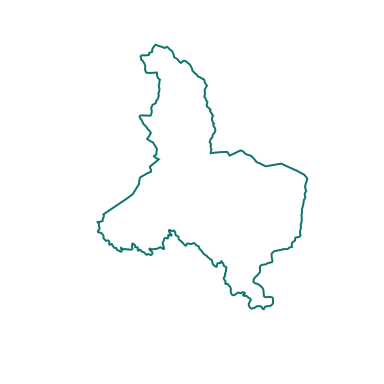 outline of Gia Nghia, Đắk Nông, Vietnam, rotated 321°
{"feature_id": "81297802B66925040014305", "entity_name": "Gia Nghia", "entity_type": "district", "adm_level": 2, "iso_a3": "VNM", "parent_name": "Vietnam", "parent_adm1": "Đắk Nông", "projection": "natural_earth1", "projection_center": [107.695, 12.013], "detail": "fine", "context": "isolated", "style": "outline", "palette": "teal", "viewbox_px": 384, "rotation_deg": 321, "n_neighbors": 0, "source": "geoboundaries", "source_scale": "gbopen_adm2", "svg_char_len": 6039}
<svg xmlns="http://www.w3.org/2000/svg" viewBox="0 0 384 384"><g transform="rotate(321 192 192)"><path d="M235.2,297.6L236.2,295.9L237.5,294.7L238.6,294.4L241.3,294.6L241.6,294.5L242.7,293.2L243.5,292.7L244.2,292.8L246.0,293.9L246.8,294.1L247.6,294.3L248.8,294.2L249.3,293.6L250.2,291.8L251.6,290.3L255.0,287.5L255.6,286.3L256.3,285.5L256.9,285.0L258.0,284.5L258.9,283.7L261.5,280.6L262.5,278.9L264.7,277.0L266.3,274.8L270.0,272.2L273.6,269.0L275.1,268.1L276.8,267.5L277.8,265.2L278.9,264.0L281.4,263.1L281.7,261.9L282.9,259.4L284.6,257.9L289.7,254.5L290.0,254.1L290.2,252.3L290.1,249.2L288.1,244.7L287.2,242.1L282.3,232.5L279.2,226.1L265.6,218.5L265.1,217.8L262.5,212.0L261.0,209.3L261.1,205.4L260.8,201.9L260.5,200.9L259.8,199.6L258.4,197.8L257.7,196.4L257.5,195.9L257.2,192.5L256.1,190.6L255.6,190.1L254.3,190.0L253.0,189.4L251.2,189.2L244.2,187.4L244.6,183.0L238.6,178.5L231.7,174.0L231.0,173.7L231.6,172.9L234.0,171.0L234.8,168.8L235.5,167.7L236.7,167.2L237.0,166.5L237.0,164.7L237.2,164.4L239.6,162.7L242.0,162.3L243.8,160.8L247.6,159.8L249.3,158.4L250.0,156.8L250.4,153.9L251.1,152.8L252.1,152.7L252.0,151.0L253.3,147.9L253.7,147.3L254.6,147.0L255.5,146.1L256.4,146.0L256.9,140.7L257.0,140.4L258.3,139.6L258.0,138.3L257.5,134.7L258.3,133.5L260.6,131.8L260.7,131.3L260.6,130.1L261.1,128.7L261.7,125.4L263.6,124.3L266.2,120.5L270.5,118.8L270.5,116.9L270.8,115.5L272.1,112.3L271.9,111.4L271.1,110.0L270.5,108.0L269.2,105.8L269.6,103.9L269.2,102.2L268.6,98.3L269.4,96.7L270.4,92.9L270.5,91.8L269.5,86.5L268.8,85.4L267.5,84.6L264.6,84.7L264.2,82.6L264.3,80.2L263.8,78.1L263.0,76.0L263.1,75.5L264.2,73.8L265.2,70.2L264.5,67.6L264.3,64.7L264.1,63.8L263.9,63.4L263.5,63.1L261.4,63.0L259.7,59.8L258.5,58.3L256.4,54.7L255.8,54.6L251.8,55.6L250.5,56.4L249.6,57.7L249.1,58.0L246.2,57.0L245.2,58.2L244.8,58.3L244.2,58.1L241.2,56.1L240.0,54.9L238.5,54.1L237.5,54.2L235.8,57.3L236.2,59.2L235.8,62.5L235.0,64.5L234.5,65.3L233.3,66.4L232.3,67.7L231.6,70.2L232.5,71.5L233.8,72.7L239.9,77.1L237.8,80.1L237.3,82.7L237.6,83.5L237.7,84.7L236.5,85.3L234.5,87.5L233.2,88.1L231.6,91.4L229.7,93.3L227.8,94.3L227.0,96.0L226.2,96.7L224.2,98.1L221.7,98.6L220.4,99.8L219.7,100.1L216.2,99.5L215.6,99.7L213.5,100.9L212.6,101.7L212.1,103.1L211.2,104.3L209.9,105.5L207.8,106.6L201.1,100.8L199.8,100.1L198.9,100.3L198.2,101.6L198.0,105.0L197.0,109.0L197.5,111.7L197.4,113.9L197.1,115.3L197.5,117.8L197.4,119.6L196.9,120.5L195.7,120.7L194.2,121.6L191.4,122.1L190.5,122.6L192.0,127.3L192.9,128.6L191.9,136.4L187.8,140.3L185.0,140.2L185.1,141.4L185.7,143.6L186.7,145.7L175.1,145.8L173.8,149.4L172.8,150.4L169.3,149.4L161.3,148.1L160.1,148.5L159.5,148.9L155.6,152.6L144.5,156.4L137.1,156.1L109.1,153.6L108.8,154.7L108.4,155.2L107.6,155.9L106.0,156.5L104.2,158.3L101.2,157.0L99.7,156.0L99.6,156.3L99.8,157.9L99.7,158.3L98.4,159.6L97.6,161.7L97.2,162.2L96.7,162.6L94.6,163.1L94.0,163.5L93.8,163.9L93.8,164.4L95.5,166.3L95.8,167.3L95.9,168.5L95.6,170.4L95.3,171.0L94.4,171.8L94.1,172.4L94.4,175.8L96.2,176.7L96.6,177.4L96.4,178.5L94.8,180.4L94.8,181.1L95.1,181.3L96.9,181.8L97.0,182.2L96.4,184.3L96.5,185.7L96.6,186.6L97.7,187.6L97.7,188.5L97.5,189.1L97.4,189.9L98.9,193.2L99.3,193.7L99.7,193.9L100.5,193.5L100.8,193.0L101.4,190.8L101.7,190.7L102.7,193.3L104.4,194.6L108.3,198.5L109.1,198.8L109.8,198.8L110.2,198.4L110.7,197.1L112.8,194.8L113.4,194.7L113.7,194.9L114.2,197.3L114.1,197.8L113.2,199.1L114.5,200.2L114.8,200.8L114.8,201.2L113.6,202.3L113.4,202.8L113.4,203.8L113.7,204.0L115.0,203.9L115.3,204.1L115.5,204.5L115.4,206.0L115.7,207.1L116.7,208.6L117.1,211.8L117.3,212.3L117.7,212.5L118.6,212.5L119.1,212.9L120.3,215.0L120.8,215.2L122.3,215.0L123.1,214.2L123.2,213.6L122.8,210.1L122.9,209.6L123.2,209.4L123.5,209.4L123.8,209.6L124.6,211.2L128.5,213.8L130.3,214.4L132.5,214.9L132.9,215.4L133.8,218.4L134.3,218.6L134.8,218.3L137.0,213.3L137.6,212.8L139.2,212.2L141.1,210.9L142.1,210.8L142.6,211.1L143.7,212.6L144.1,212.7L145.1,212.3L146.0,210.8L146.9,210.7L147.3,210.9L148.1,212.5L148.4,212.8L148.9,212.7L149.1,212.2L149.2,208.5L149.8,207.4L150.1,207.3L150.8,207.5L151.6,209.4L152.0,210.0L153.7,210.6L153.8,211.7L153.5,212.7L152.4,214.7L152.3,215.3L152.4,216.0L153.1,217.2L153.2,218.4L152.0,220.4L152.0,220.8L152.7,224.3L152.9,228.2L153.1,229.6L153.3,229.8L153.9,229.8L155.3,229.1L156.2,229.2L158.2,231.6L159.3,232.2L161.3,232.8L161.8,233.8L161.7,235.6L161.9,236.3L162.9,238.2L162.9,238.9L162.1,240.3L162.3,243.5L162.2,247.6L163.2,251.0L163.3,253.3L163.7,254.4L163.9,256.0L164.5,257.3L162.8,261.0L162.9,263.1L163.2,264.1L163.7,265.4L164.1,265.5L164.6,265.3L166.0,264.0L167.0,263.5L167.8,263.8L168.9,265.0L169.7,265.0L170.6,264.2L171.3,264.4L171.2,267.3L171.0,268.0L170.3,269.2L170.4,270.0L171.3,271.7L171.3,272.2L171.1,272.5L169.4,273.9L168.4,275.1L166.1,276.4L165.7,277.1L164.7,278.1L162.7,278.7L162.0,279.5L161.9,282.5L160.3,284.0L160.3,284.6L160.5,284.9L161.8,285.8L161.9,289.2L161.8,290.2L161.3,291.7L159.4,293.7L158.5,296.1L158.5,297.3L159.1,298.2L159.6,298.5L160.3,298.9L164.1,299.1L165.1,299.6L165.9,301.1L166.2,301.4L167.6,301.5L168.3,301.9L169.4,303.0L169.5,303.4L169.5,303.8L169.2,304.1L167.1,304.1L166.7,304.6L166.8,305.1L168.9,307.0L169.1,307.4L169.3,309.5L169.9,311.0L170.0,312.7L169.7,313.0L167.3,313.8L165.5,315.0L164.8,315.8L164.5,316.9L164.4,318.8L164.6,319.7L165.0,320.2L165.4,320.5L166.4,320.6L167.4,321.4L170.5,321.6L172.7,323.2L173.7,324.4L173.5,327.6L174.0,328.3L175.7,327.4L176.9,327.2L178.3,327.9L180.3,329.4L181.6,329.9L184.1,329.8L184.9,329.4L187.6,326.1L188.0,325.5L188.1,325.0L187.7,323.9L186.8,322.9L185.4,321.7L183.5,320.5L182.4,319.1L182.4,318.1L185.5,313.6L186.1,312.6L186.3,311.7L186.4,309.7L186.1,307.8L185.3,305.1L183.5,302.4L183.2,301.3L183.2,300.5L184.6,298.9L186.5,298.2L188.5,297.9L190.4,297.9L194.0,297.2L195.3,296.2L197.4,293.2L198.3,292.6L199.4,292.4L200.8,292.8L203.6,294.5L206.4,295.1L209.7,296.7L210.5,296.7L211.2,296.2L213.2,292.3L214.9,290.3L216.1,289.8L218.3,289.8L219.5,290.1L225.1,293.2L227.2,293.9L229.6,296.0L230.6,296.5L232.7,296.5L234.7,297.2L235.2,297.6Z" fill="none" stroke="#0f766e" stroke-width="2"/></g></svg>